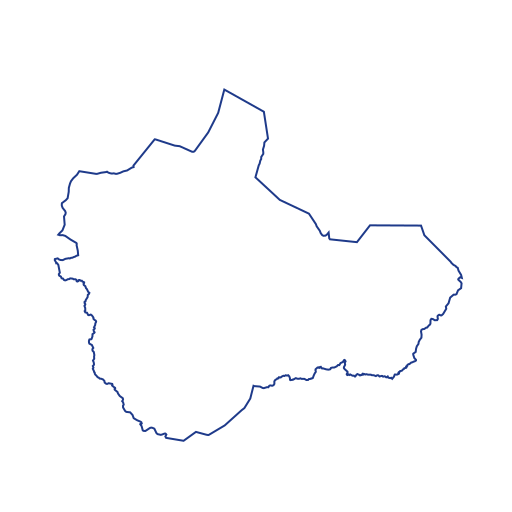 Mabote, Inhambane, Mozambique, rotated 260°
{"feature_id": "85939544B65323255513357", "entity_name": "Mabote", "entity_type": "district", "adm_level": 2, "iso_a3": "MOZ", "parent_name": "Mozambique", "parent_adm1": "Inhambane", "projection": "albers", "projection_center": [33.733, -22.104], "detail": "fine", "context": "isolated", "style": "outline", "palette": "blue", "viewbox_px": 512, "rotation_deg": 260, "n_neighbors": 0, "source": "geoboundaries", "source_scale": "gbopen_adm2", "svg_char_len": 5968}
<svg xmlns="http://www.w3.org/2000/svg" viewBox="0 0 512 512"><g transform="rotate(260 256 256)"><path d="M198.7,454.9L201.8,454.7L206.4,452.9L209.4,452.6L210.2,451.5L211.5,450.8L213.0,448.9L215.5,447.1L216.4,446.8L247.2,425.4L257.3,423.8L266.4,373.6L252.1,357.8L259.6,331.7L260.7,331.2L266.5,331.6L264.8,329.6L264.0,328.0L264.2,325.9L265.1,324.8L267.3,323.7L269.8,323.2L274.7,320.9L277.0,320.5L288.5,315.5L307.1,289.2L333.6,269.1L344.9,274.5L346.3,275.6L349.2,276.8L350.5,277.9L352.7,278.4L355.3,280.9L356.9,281.2L359.6,281.3L363.1,283.1L366.4,284.0L369.5,288.2L396.7,288.8L425.4,253.7L403.5,243.6L386.0,230.4L370.2,214.1L369.6,213.1L369.5,212.3L369.8,211.1L377.4,199.9L378.8,195.2L388.2,177.4L388.5,176.5L366.3,151.0L364.8,150.9L364.6,149.0L362.6,143.9L362.4,140.1L361.5,136.7L361.1,133.4L361.2,132.3L362.1,130.3L362.2,128.4L362.8,126.8L363.7,125.1L364.9,123.9L364.7,123.3L364.9,117.7L364.5,113.9L364.6,112.9L370.2,96.7L367.1,93.8L364.3,89.5L361.8,86.8L359.6,85.4L355.6,83.5L351.7,82.7L345.6,80.5L344.0,78.4L341.8,74.1L341.1,73.8L339.3,73.5L337.0,73.9L333.3,75.9L331.6,76.1L330.3,75.6L328.3,73.8L320.0,73.0L314.8,69.8L312.5,66.4L311.3,65.0L310.5,66.5L310.1,69.3L308.9,71.7L304.5,76.1L300.0,81.4L299.1,81.6L297.8,81.2L292.1,81.4L287.6,81.0L287.4,79.2L286.8,77.8L286.6,76.3L286.2,74.9L286.3,73.5L285.9,72.2L286.3,71.4L286.3,67.8L285.5,65.0L286.0,62.8L286.8,61.4L288.1,60.3L287.9,57.4L286.9,57.1L284.4,58.0L283.5,58.0L283.4,58.9L281.5,59.8L273.6,59.9L272.4,58.7L271.5,58.6L270.7,58.9L269.6,60.3L267.8,60.7L267.3,62.0L265.8,62.7L265.3,63.4L265.1,64.1L265.3,65.3L265.8,66.5L265.7,68.1L266.2,69.0L266.1,69.6L265.5,71.6L264.8,72.3L264.4,74.2L263.8,74.9L262.4,75.0L261.9,75.5L262.1,76.7L263.0,77.1L263.1,77.5L263.0,78.2L262.1,79.0L261.9,80.2L260.8,80.7L260.4,81.7L259.9,82.2L259.2,82.0L258.5,81.3L257.3,81.4L255.9,82.7L253.8,83.0L252.8,83.7L249.9,84.5L248.6,85.5L247.4,84.6L247.1,83.7L244.7,83.0L242.2,80.7L240.9,80.2L240.7,79.9L240.7,79.3L240.4,79.1L239.0,79.1L238.5,79.5L237.9,79.5L237.2,79.0L236.9,78.5L236.5,78.4L234.5,78.8L232.0,78.4L231.5,77.7L230.1,78.1L229.5,79.7L227.0,80.5L226.7,81.2L227.0,83.1L225.8,84.2L223.6,85.2L222.4,85.0L221.1,85.9L220.2,86.9L219.4,87.2L218.6,86.9L217.6,86.1L215.9,85.6L213.9,84.1L213.2,84.6L212.5,84.6L211.6,83.2L210.2,83.2L208.9,83.8L208.4,83.4L207.4,81.4L205.3,81.0L202.9,79.7L202.6,79.1L202.8,78.0L202.7,77.4L201.3,76.7L199.6,76.5L198.6,76.7L196.9,78.9L193.7,79.8L192.7,78.7L191.7,78.6L191.1,78.6L189.6,79.6L186.5,79.6L185.2,79.1L182.9,78.8L181.3,77.3L179.6,77.7L177.5,77.7L176.9,77.4L176.0,76.2L174.2,76.5L173.3,75.7L170.8,76.4L169.9,76.4L169.3,76.9L168.1,76.8L167.2,77.1L165.8,78.1L164.1,79.0L163.6,79.9L162.4,80.8L162.1,82.0L161.1,83.8L159.3,85.0L157.6,85.0L156.1,86.4L155.9,87.4L156.3,88.8L155.0,92.2L154.2,92.3L153.4,91.8L151.4,93.5L150.7,94.3L150.3,94.4L149.5,93.6L148.8,93.7L146.1,96.0L144.6,96.2L141.8,97.5L139.1,100.1L138.0,100.2L136.8,99.6L136.3,99.0L135.0,99.7L132.6,99.9L131.6,99.0L129.9,98.8L126.1,100.2L125.0,101.2L123.9,104.9L120.9,106.8L117.5,107.4L114.9,110.4L112.9,113.5L112.2,114.2L110.9,114.4L110.6,114.0L110.7,113.0L110.5,112.8L108.3,113.8L103.9,114.2L103.2,115.2L102.9,116.7L105.1,121.8L105.2,123.0L104.7,124.3L103.6,125.9L98.9,127.2L97.7,128.1L96.4,131.2L96.5,132.5L97.0,135.0L96.9,135.9L96.5,136.3L95.7,136.7L94.0,135.4L92.5,135.9L86.6,152.6L93.2,166.3L88.6,176.1L88.0,177.8L88.0,178.4L94.6,195.8L106.7,215.2L108.2,218.1L116.6,225.6L128.6,231.0L128.2,231.6L126.7,237.3L124.9,239.6L124.5,240.7L124.9,244.0L124.6,245.4L125.5,246.1L126.0,246.9L126.0,248.0L125.4,249.3L125.7,250.8L126.9,251.9L129.4,252.3L130.7,253.6L131.1,255.1L131.8,255.8L131.6,256.8L132.6,257.5L132.1,259.2L132.9,260.7L133.3,262.2L132.9,263.2L133.4,264.5L132.8,265.9L133.0,267.0L131.6,267.9L129.7,268.2L128.2,268.0L127.8,268.3L127.7,270.9L128.1,271.2L128.1,272.3L128.8,273.7L128.7,274.2L128.0,275.3L127.6,277.0L127.8,278.5L127.1,279.5L126.6,282.3L125.1,284.1L124.9,285.8L125.6,286.6L125.5,288.7L125.9,289.2L125.7,289.8L126.0,290.8L128.3,292.1L130.3,293.5L131.3,294.6L132.2,294.9L133.1,294.7L134.1,295.0L135.5,297.2L135.5,298.2L134.9,298.6L134.8,299.1L135.6,299.8L135.6,300.6L134.6,300.9L133.7,301.6L133.8,302.3L132.2,305.4L131.5,307.5L131.5,308.9L131.6,309.5L132.7,310.3L132.8,310.8L132.9,311.8L132.6,313.8L133.3,316.3L134.4,317.9L134.1,319.1L135.9,320.7L136.5,323.1L138.1,324.5L138.3,325.0L137.9,325.5L136.7,325.9L135.4,324.9L133.4,324.9L131.3,323.3L130.4,323.1L129.3,323.6L126.2,326.0L125.3,325.9L123.9,324.8L122.9,325.2L122.8,325.6L123.3,326.6L122.6,327.4L123.0,328.2L121.4,330.2L121.2,331.6L120.1,332.5L120.1,332.8L121.8,334.5L122.1,335.5L121.4,336.3L121.1,337.0L120.3,337.7L120.6,338.4L120.4,339.4L120.5,339.8L121.5,340.4L121.6,340.7L121.4,341.1L120.6,341.5L120.9,342.4L120.3,343.2L120.4,344.3L119.7,345.7L119.2,348.5L118.6,349.1L118.1,351.3L116.9,353.2L117.5,354.7L117.2,355.8L115.9,356.7L116.1,359.0L115.9,359.6L115.1,360.2L115.2,361.9L113.9,363.2L113.9,363.6L114.5,364.8L113.2,365.2L112.4,367.0L112.6,368.0L111.4,368.8L113.3,371.0L114.7,371.7L115.2,372.2L114.7,374.2L115.0,375.6L115.8,375.7L116.1,375.9L115.8,376.5L116.9,376.7L117.2,377.8L117.7,378.1L117.6,378.9L117.8,379.9L118.8,381.1L119.1,382.1L119.7,382.5L119.9,384.6L120.5,385.0L120.6,384.5L121.1,384.6L121.6,385.5L121.6,385.9L122.4,386.2L123.0,387.4L122.9,388.3L124.1,390.3L124.2,391.7L124.6,392.8L124.7,394.0L125.3,395.4L126.0,395.5L128.0,394.2L131.5,393.7L132.5,393.9L133.8,396.6L136.8,397.5L139.2,398.7L141.2,400.7L143.1,401.3L145.1,402.8L146.8,404.7L149.7,405.4L153.1,405.4L154.5,406.1L155.0,407.3L154.9,409.0L155.9,411.2L155.8,412.1L157.7,414.3L158.0,415.1L159.0,416.0L162.5,416.7L163.7,417.8L163.2,419.2L161.7,420.9L161.4,423.3L162.5,424.2L164.7,424.2L165.6,424.6L166.3,426.1L166.2,426.6L165.4,427.6L165.3,428.4L166.4,430.2L171.0,434.2L173.3,434.2L176.0,437.4L181.3,440.0L183.6,443.9L183.3,445.6L183.6,446.8L187.1,449.0L188.7,452.4L193.4,453.7L194.9,453.1L197.4,451.2L198.0,451.1L198.7,451.8L199.6,453.4L198.7,454.9Z" fill="none" stroke="#1e3a8a" stroke-width="2"/></g></svg>